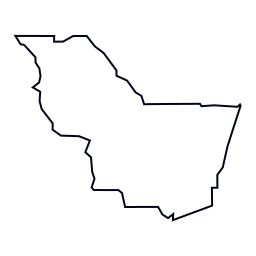 the district of Iberville, Louisiana, United States of America
{"feature_id": "52423323B92446440923992", "entity_name": "Iberville", "entity_type": "district", "adm_level": 2, "iso_a3": "USA", "parent_name": "United States of America", "parent_adm1": "Louisiana", "projection": "robinson", "projection_center": [-91.395, 30.261], "detail": "fine", "context": "isolated", "style": "outline", "palette": "ink", "viewbox_px": 256, "rotation_deg": 0, "n_neighbors": 0, "source": "geoboundaries", "source_scale": "gbopen_adm2", "svg_char_len": 793}
<svg xmlns="http://www.w3.org/2000/svg" viewBox="0 0 256 256"><path d="M15.4,35.9L20.5,44.2L24.1,44.9L35.4,57.2L35.6,62.6L39.4,68.5L40.5,76.1L39.1,82.5L32.8,87.4L40.2,91.8L39.6,101.2L41.7,109.1L52.7,123.4L52.6,129.7L61.0,135.6L79.0,136.2L89.9,140.5L85.3,152.2L91.0,157.3L92.2,171.9L94.5,178.8L91.6,187.4L93.7,190.0L118.4,190.1L122.0,193.0L125.1,207.0L158.1,206.9L162.4,214.5L168.1,218.1L173.2,214.1L172.9,220.1L212.1,205.6L211.9,187.8L217.4,187.7L217.3,174.9L222.8,167.3L227.4,146.8L232.2,131.7L240.6,105.7L240.0,104.5L237.5,106.8L214.3,105.3L201.4,106.2L200.0,103.8L163.5,104.0L144.1,104.2L141.4,95.8L139.4,94.7L135.6,92.4L127.1,80.6L116.5,75.7L116.5,70.5L103.7,53.1L94.9,46.4L86.7,36.0L73.1,36.0L63.1,41.6L54.1,41.7L54.2,36.0L15.4,35.9Z" fill="none" stroke="#020617" stroke-width="2"/></svg>